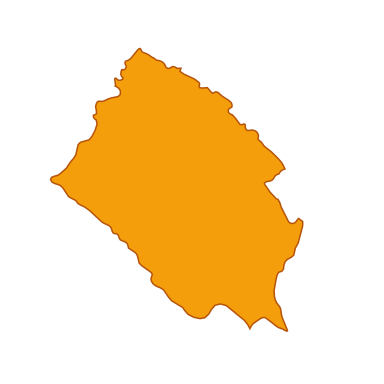 the border of Manipur, rotated 110°
{"feature_id": "IND-2478", "entity_name": "Manipur", "entity_type": "State", "adm_level": 1, "iso_a3": "IND", "parent_name": "India", "parent_adm1": "", "projection": "mercator", "projection_center": [93.694, 24.765], "detail": "fine", "context": "isolated", "style": "filled", "palette": "amber", "viewbox_px": 384, "rotation_deg": 110, "n_neighbors": 0, "source": "natural_earth", "source_scale": "10m", "svg_char_len": 3903}
<svg xmlns="http://www.w3.org/2000/svg" viewBox="0 0 384 384"><g transform="rotate(110 192 192)"><path d="M300.6,90.9L297.9,93.8L294.8,98.6L287.0,120.9L287.5,127.1L290.6,131.6L295.5,133.5L301.0,134.5L305.8,136.9L308.2,141.1L309.1,147.3L308.4,153.6L305.9,158.2L303.7,161.3L301.2,174.0L299.0,177.9L293.6,185.3L292.8,189.7L292.8,192.3L292.3,195.1L291.3,197.6L289.6,199.7L287.8,200.8L286.1,201.0L284.5,201.0L282.5,201.4L281.3,203.7L278.5,213.9L276.9,217.3L270.9,221.3L269.3,222.8L268.2,225.0L266.4,232.5L264.3,233.8L262.8,235.1L261.9,236.9L261.5,242.9L260.3,244.6L258.7,245.7L257.2,247.4L257.1,248.3L257.6,250.9L257.4,252.1L256.5,253.3L253.7,255.4L252.7,256.6L251.9,258.9L251.5,263.9L251.0,266.4L244.4,282.1L242.8,287.7L242.3,293.0L241.7,295.6L240.3,297.3L239.7,298.7L239.0,304.4L238.5,306.5L232.3,314.8L231.0,317.8L230.8,320.7L231.0,323.9L230.6,326.9L230.2,327.4L228.6,329.2L226.3,329.0L224.3,326.8L222.4,324.1L220.2,322.3L212.5,318.1L209.4,317.5L204.8,316.3L201.0,314.8L197.0,313.9L186.3,315.2L183.5,313.9L178.1,306.5L173.8,305.0L167.0,304.1L160.5,304.5L157.2,306.5L156.9,307.7L156.4,308.8L155.7,309.8L154.9,310.5L153.6,310.9L152.8,310.1L152.1,309.0L151.2,308.6L148.9,309.4L144.7,311.8L141.9,312.1L139.5,311.7L138.4,310.4L138.0,308.5L137.1,306.5L132.7,302.0L131.4,300.3L127.6,294.2L124.9,292.7L121.3,294.0L119.6,296.3L118.7,299.7L118.7,300.5L117.5,300.5L112.5,303.2L111.4,303.2L111.1,302.5L111.4,301.5L111.8,300.6L112.1,299.6L111.9,298.5L111.4,297.4L110.0,296.0L109.3,295.6L108.5,295.9L108.0,296.6L107.5,297.7L106.6,298.5L105.4,299.3L103.1,299.8L101.9,299.9L101.1,299.8L100.8,299.4L100.8,298.9L100.9,298.3L100.5,297.7L99.3,296.9L97.8,296.6L96.9,296.6L96.1,297.0L94.6,298.6L93.3,299.3L92.1,299.2L91.1,298.4L90.4,297.4L89.2,296.3L87.4,295.2L77.2,291.7L75.7,290.9L75.1,290.3L74.9,289.6L75.3,289.1L75.9,288.4L76.6,287.8L77.2,287.1L77.5,286.4L77.6,285.5L77.6,282.1L78.2,278.5L78.8,276.7L79.0,275.7L79.1,274.0L80.0,271.3L80.2,270.3L79.7,267.1L79.8,265.2L80.4,263.1L81.4,261.4L83.6,259.2L84.1,257.5L83.5,255.4L80.9,253.4L80.4,251.4L80.8,248.1L80.3,246.7L79.5,244.7L82.8,244.5L84.0,240.0L85.0,228.4L86.6,223.1L87.8,221.8L90.1,221.4L91.4,220.4L90.8,217.9L88.7,213.3L91.2,208.9L92.2,206.3L91.0,205.1L90.2,204.7L89.7,203.6L89.6,201.1L90.1,200.0L90.4,199.7L91.0,198.1L91.8,195.7L93.0,190.2L93.7,187.7L94.6,185.8L95.2,185.1L96.1,184.4L96.7,184.1L97.8,183.7L98.3,183.6L98.6,183.7L99.0,183.9L100.5,185.2L101.3,185.7L102.3,185.9L103.4,185.6L104.8,184.8L105.3,183.7L105.6,182.5L105.8,180.2L108.5,175.3L112.0,170.2L111.8,168.3L111.4,167.7L110.3,166.5L110.2,165.7L110.5,165.1L111.1,164.7L111.8,164.5L112.6,164.2L113.6,163.7L114.9,162.4L115.2,161.5L115.1,160.5L113.0,156.2L113.0,153.1L113.3,152.1L114.1,150.7L115.0,149.8L115.8,149.1L116.7,148.7L118.9,148.3L120.0,147.7L120.6,146.4L121.2,144.5L122.1,142.8L123.7,140.8L124.5,139.0L127.2,131.0L131.1,122.5L133.3,118.5L134.9,116.3L138.5,112.5L139.5,113.6L140.8,114.9L141.7,115.5L142.7,115.9L143.7,116.2L144.5,116.3L145.1,116.5L145.5,116.7L146.5,118.0L147.4,118.8L148.6,119.4L151.6,120.0L153.1,120.6L154.3,121.5L155.2,122.8L157.0,125.8L158.3,126.7L159.6,126.8L160.4,126.0L160.9,124.9L165.5,118.5L169.5,110.6L169.6,109.2L169.5,108.6L172.1,105.7L175.5,103.2L187.0,91.0L187.6,89.3L187.6,88.4L187.3,87.2L186.8,86.0L186.0,85.0L184.8,84.3L180.6,83.0L180.4,82.9L180.4,82.4L181.2,80.4L181.5,79.2L181.7,78.1L183.3,77.3L186.2,76.4L203.3,74.8L209.6,75.7L212.3,75.3L216.4,74.8L218.2,75.7L219.8,76.7L222.4,79.1L224.1,80.0L225.8,80.6L227.6,80.6L229.8,80.5L233.1,79.7L234.9,80.1L236.0,80.7L236.7,81.8L237.6,82.8L238.0,83.1L239.1,83.4L241.1,83.6L246.8,82.9L256.7,81.1L262.2,78.7L265.0,76.7L267.0,74.8L269.8,70.4L271.5,68.8L277.1,65.7L279.0,64.4L289.0,55.3L289.8,54.8L290.2,55.1L290.4,56.5L290.2,57.7L289.8,59.8L289.8,64.7L288.7,68.7L287.7,71.3L285.3,79.2L285.1,80.9L285.8,82.5L287.4,84.3L293.7,88.8L295.9,90.0L300.5,90.9L300.6,90.9Z" fill="#f59e0b" stroke="#b45309" stroke-width="1.5"/></g></svg>